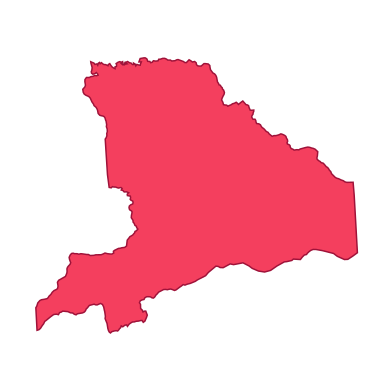 Bodoquena, Mato Grosso do Sul, Brazil (Albers equal-area conic projection), rotated 267°
{"feature_id": "56859067B40627411909048", "entity_name": "Bodoquena", "entity_type": "district", "adm_level": 2, "iso_a3": "BRA", "parent_name": "Brazil", "parent_adm1": "Mato Grosso do Sul", "projection": "albers", "projection_center": [-56.688, -20.537], "detail": "fine", "context": "isolated", "style": "filled", "palette": "rose", "viewbox_px": 384, "rotation_deg": 267, "n_neighbors": 0, "source": "geoboundaries", "source_scale": "gbopen_adm2", "svg_char_len": 5958}
<svg xmlns="http://www.w3.org/2000/svg" viewBox="0 0 384 384"><g transform="rotate(267 192 192)"><path d="M324.8,132.4L324.2,131.0L322.6,131.1L322.7,129.4L324.0,128.1L324.4,129.5L325.8,129.5L325.2,127.9L326.0,126.8L325.5,125.0L324.2,122.9L322.9,123.4L321.3,123.1L321.0,121.7L319.2,121.6L319.8,120.4L321.1,118.7L323.0,117.4L324.5,116.6L323.7,115.1L322.5,114.7L323.7,112.5L323.9,110.7L324.8,109.4L325.9,108.4L324.9,107.0L326.2,106.5L325.5,105.2L323.5,104.5L324.9,103.7L324.5,101.7L325.9,100.8L326.6,99.2L327.4,97.7L326.0,97.8L321.5,98.8L318.7,98.3L317.5,97.7L315.9,97.9L314.8,99.2L315.4,101.5L316.3,102.7L314.9,103.9L313.6,104.4L313.1,102.8L313.4,100.8L312.7,99.2L312.5,97.1L311.7,95.4L311.9,92.6L309.9,91.0L307.8,90.8L304.2,91.2L302.5,90.5L300.3,88.3L297.3,88.6L295.4,89.5L294.1,91.2L293.3,92.9L292.4,94.3L291.1,95.3L287.2,96.8L285.0,98.2L283.4,98.7L281.6,100.6L280.3,101.3L278.8,101.9L275.3,102.4L273.4,104.0L272.9,105.5L272.6,106.8L272.0,108.0L271.0,108.8L269.8,109.2L268.6,109.4L267.3,109.9L263.7,110.3L261.7,109.9L259.4,110.6L256.8,110.6L254.7,109.9L253.1,110.0L251.7,109.6L250.5,109.0L249.4,108.1L213.7,108.5L200.9,109.5L200.4,111.6L201.5,112.8L201.1,114.0L200.9,116.1L200.3,117.4L199.8,118.7L200.2,121.3L199.2,122.4L197.7,121.4L197.0,123.2L195.6,124.3L195.6,126.6L194.6,128.7L193.2,127.2L191.8,127.3L191.1,130.2L189.6,130.4L187.9,129.9L186.9,130.7L186.1,132.3L184.7,132.6L183.2,132.2L182.4,130.1L181.3,128.7L179.9,128.3L178.2,128.5L177.0,129.3L176.4,130.5L175.3,131.1L173.6,130.8L171.9,130.3L169.5,130.0L167.8,131.0L166.7,131.6L165.0,131.6L163.7,132.6L161.6,133.3L160.8,134.6L159.3,134.9L157.8,136.0L156.2,134.4L155.6,133.0L154.3,132.6L153.3,131.6L152.2,130.6L151.5,129.4L150.7,127.7L149.1,126.4L147.3,124.8L141.5,123.8L140.2,121.9L140.0,119.0L139.6,117.3L139.5,115.6L137.8,111.6L136.9,110.4L135.1,110.6L134.2,108.7L134.4,106.8L134.8,104.5L135.6,101.9L134.8,100.1L134.1,98.0L134.3,92.7L133.9,90.6L133.9,87.0L135.0,85.3L135.1,83.6L135.8,80.1L136.2,77.8L135.8,75.7L136.4,74.0L136.6,71.3L137.1,70.1L136.9,68.5L135.5,67.1L133.2,65.9L131.4,66.1L129.5,66.6L127.8,67.2L126.1,66.4L124.6,64.8L123.3,63.7L121.8,63.1L119.4,63.1L117.7,62.8L116.1,62.1L114.3,61.2L110.8,54.2L108.9,52.9L105.0,53.3L102.7,52.7L101.8,51.6L100.8,49.1L99.2,47.2L97.1,45.7L95.4,43.7L94.0,42.8L93.1,41.7L92.6,38.9L92.3,36.0L91.5,34.3L89.3,32.2L86.1,31.0L84.6,30.0L62.0,30.0L62.5,31.9L63.7,33.5L66.5,35.5L68.1,36.9L70.5,38.2L71.3,39.5L74.9,44.4L76.9,47.5L77.1,50.2L76.5,52.2L78.5,53.4L78.8,54.9L79.8,56.7L79.0,61.9L77.7,64.3L77.4,66.6L76.1,68.0L75.4,69.8L76.4,71.2L77.0,76.5L77.8,78.3L79.0,79.4L80.7,80.2L81.8,81.5L84.1,83.5L85.1,88.4L84.4,89.7L84.2,91.3L85.5,94.8L84.4,96.7L81.8,97.8L78.4,98.3L76.9,98.6L73.7,98.9L72.4,99.0L70.1,98.6L65.1,100.3L60.3,100.8L58.1,101.3L56.4,102.1L55.5,103.2L56.7,104.6L57.3,107.0L57.5,108.9L57.1,110.5L58.1,111.6L59.3,112.5L60.3,113.7L62.0,114.3L61.0,115.8L62.5,118.0L62.7,119.8L61.2,120.5L63.4,122.4L64.4,124.0L65.3,125.7L65.3,127.7L65.8,129.5L65.9,131.9L66.3,133.8L66.3,135.4L64.4,136.5L65.5,138.2L68.9,139.9L71.4,140.9L75.5,139.6L75.5,138.1L74.8,136.8L76.6,136.2L78.4,134.6L82.6,134.7L84.1,133.7L86.0,134.6L86.8,136.3L87.2,138.5L88.7,139.2L89.8,141.2L89.7,143.3L89.5,145.0L88.4,146.5L88.1,147.9L88.9,149.1L91.3,150.9L92.2,152.1L93.7,153.3L96.1,158.6L96.1,160.7L95.7,162.2L96.1,164.0L96.2,165.7L95.6,167.3L94.6,169.4L95.1,171.0L97.6,174.7L98.6,176.4L100.0,178.3L99.4,180.1L100.2,182.4L100.8,185.5L102.6,190.6L104.0,192.9L107.7,201.2L110.8,204.1L116.7,212.0L116.3,214.3L115.1,216.1L114.8,219.2L118.2,226.4L117.3,229.7L118.6,239.2L115.1,245.2L112.6,248.1L109.6,254.2L108.3,260.3L109.6,266.4L113.7,273.0L117.4,280.6L117.5,282.9L118.4,288.1L119.7,289.7L118.9,296.7L121.3,298.8L123.2,300.9L123.6,303.1L124.8,304.0L126.4,305.9L127.5,307.6L128.3,309.9L128.1,312.9L126.6,319.3L123.2,330.2L120.2,333.7L116.6,340.7L116.6,344.1L119.5,349.1L122.7,354.0L180.4,353.8L193.3,353.4L193.5,347.1L194.1,345.3L195.4,343.6L196.2,341.6L197.6,339.1L198.2,337.2L199.2,335.7L203.0,332.3L205.2,331.6L206.5,330.4L208.1,329.6L209.4,328.7L210.2,327.4L212.8,325.5L214.0,324.4L214.5,322.6L215.8,321.5L216.6,320.2L218.1,318.7L219.5,318.5L221.5,319.1L225.7,319.7L228.3,317.2L229.3,315.2L229.6,313.9L230.4,312.0L230.8,310.0L230.5,307.9L229.3,302.3L228.5,300.9L228.8,298.9L228.5,296.2L229.6,294.8L230.1,293.4L231.7,292.5L233.3,292.3L234.2,291.4L234.9,289.8L236.3,289.5L237.7,290.2L239.3,290.0L241.0,289.1L242.6,288.7L243.7,287.5L244.8,285.5L245.4,283.8L244.5,281.6L243.9,278.8L244.0,276.7L243.4,275.0L244.8,273.4L246.2,271.9L247.5,271.2L248.6,269.3L250.7,267.7L251.7,266.8L252.7,265.4L254.3,264.4L255.5,263.9L256.6,262.3L257.0,260.1L258.5,259.6L260.2,259.4L261.4,258.7L261.4,256.7L263.7,255.5L265.3,256.0L266.3,256.9L268.1,257.3L269.3,257.9L270.6,258.0L270.5,255.8L270.7,254.4L273.4,253.4L275.3,253.0L276.1,251.8L276.4,250.5L280.2,247.5L279.2,245.9L277.0,242.9L278.1,242.2L279.3,240.8L278.4,239.0L278.0,237.1L276.9,235.3L276.5,233.8L275.8,232.3L276.9,231.2L277.2,229.4L277.6,228.0L279.3,227.7L281.0,227.1L282.2,226.4L283.7,226.8L285.9,227.9L287.8,229.1L289.6,229.6L292.1,228.9L293.1,227.9L294.6,227.6L295.6,226.6L297.1,225.9L297.6,224.6L299.0,224.2L300.6,223.2L305.3,222.6L307.2,221.9L308.7,220.8L309.8,219.1L313.1,216.9L315.7,216.5L317.4,216.4L319.0,214.9L319.5,212.1L319.6,210.7L317.3,207.8L317.4,205.6L317.8,204.1L319.1,203.1L320.7,203.0L322.2,201.5L321.8,199.2L323.1,197.7L324.2,196.0L321.5,193.1L321.7,191.5L322.7,190.4L325.0,185.0L324.8,183.6L324.0,181.9L323.9,178.6L324.9,177.3L324.9,175.9L325.1,174.5L326.0,173.6L326.9,171.8L327.0,169.8L326.3,167.3L326.3,165.7L324.8,165.0L324.6,162.7L325.1,160.3L323.7,159.1L323.3,157.5L324.6,156.7L324.8,154.6L327.1,154.0L328.3,152.6L328.5,151.2L328.0,147.2L324.7,145.8L324.6,148.2L322.9,147.4L321.3,146.9L321.6,145.4L322.3,143.6L320.9,142.5L322.7,142.0L323.7,140.5L322.4,140.7L322.4,139.3L324.0,137.8L324.3,136.4L325.7,134.5L324.8,132.4ZM324.8,132.4L323.4,133.9L323.2,132.4L324.8,132.4Z" fill="#f43f5e" stroke="#9f1239" stroke-width="1.5"/></g></svg>